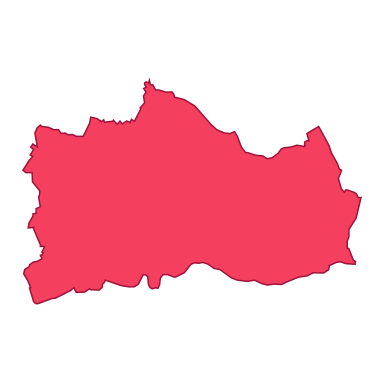 Cork City North West Lea-6, Cork, Ireland
{"feature_id": "5873133B44543417312152", "entity_name": "Cork City North West Lea-6", "entity_type": "district", "adm_level": 2, "iso_a3": "IRL", "parent_name": "Ireland", "parent_adm1": "Cork", "projection": "mercator", "projection_center": [-8.566, 51.923], "detail": "fine", "context": "isolated", "style": "filled", "palette": "rose", "viewbox_px": 384, "rotation_deg": 0, "n_neighbors": 0, "source": "geoboundaries", "source_scale": "gbopen_adm2", "svg_char_len": 2457}
<svg xmlns="http://www.w3.org/2000/svg" viewBox="0 0 384 384"><path d="M286.6,282.0L298.7,277.1L307.0,275.9L313.1,272.8L323.7,273.0L328.8,269.6L329.3,265.5L337.0,262.2L340.6,261.8L345.7,263.6L355.1,264.3L355.5,261.4L353.4,260.3L348.8,248.5L347.2,248.5L347.2,241.1L348.9,236.7L348.9,229.6L356.2,217.9L361.0,197.5L358.4,197.8L356.5,194.0L354.7,192.6L347.2,189.9L345.5,190.1L344.3,192.2L341.4,189.0L338.4,178.5L341.6,170.3L339.4,169.1L337.4,163.6L331.4,152.8L329.0,145.5L318.7,126.5L306.9,133.5L308.9,140.8L307.1,140.6L304.8,142.0L304.5,144.8L305.2,145.2L304.2,146.5L297.0,145.2L290.7,147.1L283.9,147.8L281.2,149.0L278.2,153.2L272.3,157.7L267.3,158.8L262.9,155.9L255.5,155.2L247.6,152.6L245.5,152.5L241.4,147.1L237.4,136.4L234.5,131.6L230.2,133.5L224.7,133.1L216.6,129.6L210.7,124.1L194.8,106.0L184.3,99.6L174.5,97.1L173.8,94.1L171.9,91.9L166.0,92.2L158.7,89.9L155.8,90.2L152.8,84.9L150.4,84.9L149.4,80.3L148.6,82.8L146.2,81.9L144.6,82.9L144.6,84.5L146.3,87.0L143.6,88.5L146.1,92.1L143.5,95.9L144.6,102.8L140.1,108.0L140.8,109.0L134.5,121.2L131.4,119.4L130.3,122.5L126.7,121.0L122.3,123.9L120.0,121.1L117.1,124.3L113.4,120.2L113.0,121.2L104.5,122.2L103.7,119.8L101.4,121.5L96.8,118.5L90.7,117.2L89.7,123.0L83.2,136.4L76.3,136.3L72.5,134.5L68.6,135.0L65.0,133.0L61.0,133.4L58.4,129.6L53.9,129.7L48.4,127.3L41.6,126.4L40.3,125.0L37.1,128.0L34.9,133.0L37.3,147.0L32.9,144.0L30.7,147.2L33.6,149.4L30.2,155.1L32.8,156.5L29.2,160.3L23.0,170.2L25.8,172.6L32.1,172.7L32.5,181.8L39.7,190.8L39.7,194.3L38.6,197.1L40.3,206.7L36.1,208.7L36.1,213.4L33.0,213.8L33.0,216.0L28.9,223.2L28.2,227.9L33.9,227.5L33.5,228.6L40.9,246.0L39.7,246.4L44.4,246.5L44.3,247.4L41.9,252.1L43.2,252.9L42.1,255.0L40.4,255.2L42.0,258.8L37.3,261.3L33.0,262.2L29.7,264.7L29.0,266.8L24.7,269.5L23.7,273.9L27.7,280.4L30.6,287.5L29.5,288.0L33.6,301.5L35.5,303.5L38.0,303.7L51.5,298.6L55.3,298.2L70.5,290.6L73.9,287.7L76.1,292.4L84.6,292.1L89.4,288.8L90.6,289.7L99.2,290.1L102.1,287.5L102.7,283.7L104.5,282.3L105.3,280.1L120.8,285.5L129.2,286.9L134.6,286.7L138.3,284.2L143.3,274.6L145.9,275.1L147.7,276.6L148.4,284.1L149.9,287.4L152.1,288.8L155.7,287.8L157.9,288.3L159.6,284.8L160.3,278.2L162.8,274.7L167.7,274.6L174.2,277.1L175.8,277.0L184.4,272.7L190.8,264.4L194.2,262.9L199.1,263.2L202.7,262.4L207.9,264.1L214.2,268.4L219.9,269.6L231.7,278.0L237.3,280.1L247.1,281.4L254.6,280.2L262.3,283.8L267.3,285.0L274.4,284.1L281.6,284.5L286.6,282.0Z" fill="#f43f5e" stroke="#9f1239" stroke-width="1.5"/></svg>